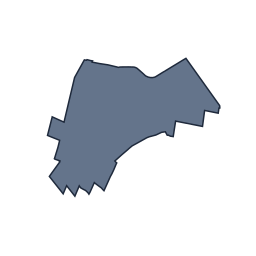 outline of Salcia, Teleorman, Romania, rotated 209°
{"feature_id": "2599482B37007656792244", "entity_name": "Salcia", "entity_type": "district", "adm_level": 2, "iso_a3": "ROU", "parent_name": "Romania", "parent_adm1": "Teleorman", "projection": "natural_earth1", "projection_center": [24.918, 43.953], "detail": "fine", "context": "isolated", "style": "filled", "palette": "slate", "viewbox_px": 256, "rotation_deg": 209, "n_neighbors": 0, "source": "geoboundaries", "source_scale": "gbopen_adm2", "svg_char_len": 1440}
<svg xmlns="http://www.w3.org/2000/svg" viewBox="0 0 256 256"><g transform="rotate(209 128 128)"><path d="M199.7,101.0L199.4,100.1L199.2,99.2L194.8,82.5L193.0,82.7L181.8,84.1L179.9,77.1L177.7,66.7L177.5,65.5L177.3,65.5L176.9,65.3L171.8,66.2L171.9,65.6L171.2,65.4L172.9,51.4L173.3,47.5L152.8,39.0L153.5,45.6L153.7,47.8L141.4,42.6L142.6,53.8L141.4,53.2L140.2,52.7L138.8,52.7L136.9,52.7L135.0,52.8L134.8,52.8L132.8,52.3L131.2,51.8L130.1,51.2L130.1,53.5L131.0,63.9L130.6,63.8L128.6,63.5L124.9,63.0L122.3,62.7L119.4,61.7L118.6,61.5L119.3,70.0L119.9,77.0L119.9,78.7L119.9,80.1L120.2,84.7L120.9,91.1L120.9,92.0L121.4,92.1L121.9,92.2L123.5,92.8L120.5,101.5L117.6,109.3L117.1,110.8L115.7,114.4L107.2,128.0L107.0,128.4L105.3,130.5L100.2,135.4L96.8,140.1L96.8,140.3L93.5,142.8L90.2,140.7L89.1,141.4L88.8,141.3L87.0,141.4L84.3,142.4L89.7,157.1L63.6,165.5L69.5,180.5L60.7,183.3L56.3,184.7L58.1,189.5L57.4,189.9L57.7,190.6L58.7,192.0L111.1,217.0L112.6,214.5L115.1,210.1L120.4,200.8L124.0,194.5L124.5,193.7L128.6,186.4L129.4,185.3L131.1,183.9L133.1,182.9L135.1,182.3L137.9,182.1L142.4,183.2L148.9,184.6L150.5,184.6L152.3,184.2L157.3,181.6L160.7,179.7L164.5,177.5L165.9,176.3L167.3,176.0L176.2,173.5L184.3,170.5L190.8,168.4L191.1,168.2L191.5,168.2L191.6,168.9L191.6,169.5L193.5,168.8L195.1,168.4L197.0,167.9L197.2,167.1L199.2,166.4L199.2,146.3L193.5,125.9L186.8,102.1L194.9,101.4L199.7,101.0Z" fill="#64748b" stroke="#1e293b" stroke-width="1.5"/></g></svg>